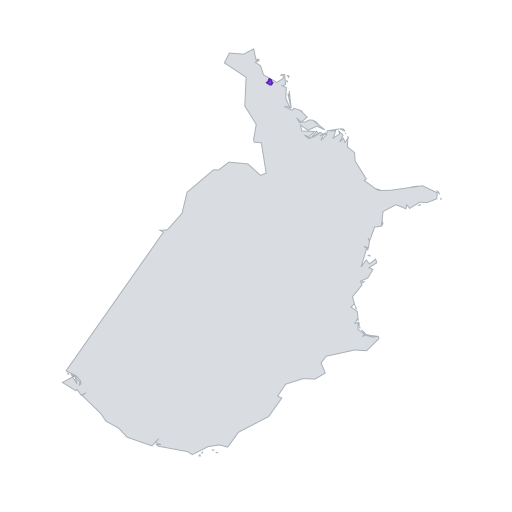 location of Rockingham, New Hampshire, United States of America, rotated 277°
{"feature_id": "52423323B53018851624800", "entity_name": "Rockingham", "entity_type": "district", "adm_level": 2, "iso_a3": "USA", "parent_name": "United States of America", "parent_adm1": "New Hampshire", "projection": "orthographic", "projection_center": [-70.949, 43.006], "detail": "fine", "context": "in_parent", "style": "filled", "palette": "violet", "viewbox_px": 512, "rotation_deg": 277, "n_neighbors": 0, "source": "geoboundaries", "source_scale": "gbopen_adm2", "svg_char_len": 4584}
<svg xmlns="http://www.w3.org/2000/svg" viewBox="0 0 512 512"><g transform="rotate(277 256 256)"><path d="M403.5,226.6L432.2,224.4L443.8,201.1L454.2,204.8L454.8,219.1L461.3,228.4L450.4,232.2L449.9,234.8L448.1,231.6L445.4,237.3L436.8,241.3L430.8,255.5L435.7,261.5L439.0,260.8L438.2,258.1L439.2,259.4L439.5,262.4L429.8,264.4L428.1,261.1L427.0,265.5L415.9,266.4L407.2,271.7L408.3,268.6L407.6,266.5L404.9,274.0L407.2,275.5L406.1,281.9L400.0,289.9L394.3,284.5L398.2,279.5L393.8,282.9L395.1,288.7L397.5,292.2L397.7,295.9L389.6,308.9L392.3,300.6L387.1,292.3L391.4,284.1L385.6,286.3L386.8,298.9L381.5,294.7L379.6,295.0L381.6,291.2L381.6,290.0L379.5,292.9L379.2,295.5L387.3,300.9L385.2,303.0L381.8,298.4L380.4,297.6L384.8,303.2L386.7,304.3L385.3,307.4L382.9,304.8L386.6,309.8L385.6,310.4L383.8,307.8L378.7,306.3L384.8,311.3L388.9,311.4L392.3,323.1L389.2,314.1L390.0,319.9L382.3,318.2L387.5,324.2L390.4,322.7L386.6,327.6L379.2,325.3L383.6,328.3L379.5,330.6L384.0,332.8L375.5,333.4L370.5,341.3L362.4,342.8L345.9,356.1L344.1,354.2L336.9,367.2L336.1,370.4L337.5,381.1L346.0,412.8L340.8,428.2L334.8,428.4L329.8,419.2L329.4,412.0L322.0,402.7L325.2,399.4L321.1,399.0L324.0,388.7L315.7,376.7L300.9,376.8L299.2,370.2L285.2,367.0L287.3,365.0L284.5,366.8L278.0,366.6L278.7,361.9L277.1,365.0L257.9,361.6L265.5,365.9L262.0,369.5L267.5,375.1L264.0,376.7L258.1,369.5L256.9,373.7L247.8,369.6L243.7,362.7L240.0,364.7L227.4,356.7L218.4,360.4L220.7,359.4L216.9,356.6L213.2,363.3L204.1,365.4L206.3,364.6L201.1,362.2L202.4,365.3L195.6,366.3L191.4,373.6L189.0,371.3L190.8,374.3L189.7,381.8L191.2,387.2L189.0,388.1L175.5,377.3L174.7,365.3L165.1,337.9L157.8,333.6L148.3,339.0L141.0,329.6L140.1,318.0L132.4,301.1L119.7,294.6L118.1,298.9L98.2,288.1L78.8,259.9L62.9,251.3L64.0,242.8L60.9,231.6L51.1,217.0L53.5,212.0L55.3,182.1L56.8,180.1L57.2,184.6L58.6,178.8L63.0,181.8L54.9,175.9L60.4,150.2L68.3,140.8L73.8,127.1L80.7,121.2L96.5,100.3L99.5,103.9L96.5,99.5L101.7,94.6L100.4,93.5L106.9,79.3L113.6,88.8L107.4,93.8L113.4,91.5L109.3,96.7L106.4,96.3L107.7,97.8L110.8,96.9L115.2,91.9L118.9,81.5L268.5,161.3L269.8,157.5L271.1,164.8L289.3,177.4L310.8,179.8L336.4,203.4L336.8,208.4L345.9,217.7L346.4,236.7L336.6,250.6L339.5,256.0L369.0,247.5L368.7,240.4L371.3,239.4L386.7,240.2L403.5,226.6ZM419.1,269.6L424.0,268.9L406.8,272.9L421.0,267.9L419.1,269.6ZM115.8,87.2L114.5,91.6L114.0,92.1L114.3,88.2L115.8,87.2ZM191.2,385.8L190.7,378.7L191.6,375.0L191.0,379.0L191.2,385.8ZM451.6,232.7L451.5,234.9L450.8,234.4L451.6,232.7ZM243.5,364.7L243.5,366.4L242.3,364.7L243.5,364.7ZM53.1,226.3L54.8,226.6L54.8,226.9L53.1,226.3ZM51.8,224.5L50.8,225.1L50.7,223.8L51.8,224.5ZM434.2,264.7L432.9,266.1L432.5,265.8L434.2,264.7ZM193.5,372.0L191.7,374.6L195.7,369.8L193.5,372.0ZM343.6,402.4L345.2,408.6L343.3,401.8L343.6,402.4ZM58.3,236.3L58.2,238.3L58.1,236.4L58.3,236.3ZM341.7,429.2L339.6,430.9L343.0,427.3L341.7,429.2ZM392.7,327.0L390.7,329.3L392.5,323.6L392.7,327.0ZM116.7,83.5L116.0,84.5L115.9,83.6L116.7,83.5ZM202.2,366.5L199.1,366.9L202.4,366.1L202.2,366.5ZM438.8,265.3L438.7,266.9L437.3,266.5L438.8,265.3ZM56.3,240.4L56.0,242.5L56.1,240.4L56.3,240.4ZM198.1,367.7L196.8,368.1L198.1,367.3L198.1,367.7ZM396.8,298.5L394.6,301.6L397.2,297.2L396.8,298.5ZM217.2,361.5L215.1,362.0L218.2,360.8L217.2,361.5ZM337.2,368.8L336.5,371.3L336.5,369.5L337.2,368.8ZM384.7,333.3L384.0,333.7L386.0,332.0L384.7,333.3ZM306.2,377.1L303.6,378.0L302.6,377.6L306.2,377.1ZM277.2,366.0L276.7,366.4L275.3,366.0L277.2,366.0ZM326.6,411.8L326.8,413.6L326.2,411.4L326.6,411.8ZM270.5,368.2L269.8,369.7L270.2,366.8L270.5,368.2ZM335.6,432.7L334.2,432.7L336.2,432.4L335.6,432.7ZM405.7,283.0L404.7,284.6L405.9,282.3L405.7,283.0ZM389.1,329.7L388.3,330.2L388.1,330.2L389.1,329.7Z" fill="#d9dde1" stroke="#a8b0b8" stroke-width="1"/><path d="M432.6,247.1L432.4,247.1L432.2,247.1L432.3,247.4L432.1,247.6L431.7,247.5L431.3,247.5L431.1,247.5L430.6,247.5L431.0,246.9L430.2,246.3L429.3,245.5L429.0,246.1L428.8,246.7L428.7,246.7L428.6,246.9L428.4,247.3L428.2,248.0L428.2,248.3L428.3,249.0L428.2,249.1L427.7,249.1L427.8,249.6L427.9,250.3L428.2,250.3L428.4,250.5L428.5,250.8L429.0,250.9L429.2,251.0L429.3,251.1L429.6,251.1L429.8,251.2L429.7,250.6L429.8,250.6L429.9,250.4L430.0,250.4L430.3,250.3L430.7,250.5L430.8,250.2L430.9,249.9L431.1,249.9L431.4,249.8L431.6,249.7L431.8,249.6L432.1,249.6L432.4,249.9L432.5,249.8L432.6,249.7L432.7,249.4L432.7,249.2L432.8,249.1L432.8,248.9L433.0,248.8L433.0,248.7L433.2,248.3L433.3,248.2L433.4,247.9L433.5,247.8L433.5,247.7L433.4,247.6L433.2,247.6L433.0,247.4L432.9,247.4L432.7,247.2L432.6,247.1Z" fill="#8b5cf6" stroke="#5b21b6" stroke-width="1.5"/></g></svg>